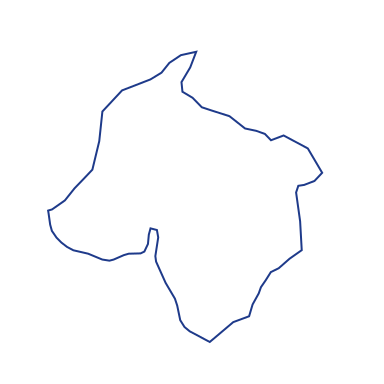 Centre, Albers equal-area conic projection, rotated 114°
{"feature_id": "HTI-1385", "entity_name": "Centre", "entity_type": "Department", "adm_level": 1, "iso_a3": "HTI", "parent_name": "Haiti", "parent_adm1": "", "projection": "albers", "projection_center": [-71.937, 19.008], "detail": "fine", "context": "isolated", "style": "outline", "palette": "blue", "viewbox_px": 384, "rotation_deg": 114, "n_neighbors": 0, "source": "natural_earth", "source_scale": "10m", "svg_char_len": 1055}
<svg xmlns="http://www.w3.org/2000/svg" viewBox="0 0 384 384"><g transform="rotate(114 192 192)"><path d="M282.3,89.3L294.1,101.4L317.3,112.6L321.8,114.8L320.2,137.4L318.4,143.9L313.9,150.6L301.8,159.3L296.4,164.2L285.7,179.2L270.2,196.5L265.5,199.4L247.2,204.4L241.0,208.6L242.1,215.1L248.5,214.1L257.4,211.1L265.8,211.3L269.0,214.0L274.1,224.7L277.4,228.6L285.6,236.1L288.3,239.5L290.2,246.5L290.6,261.8L293.5,276.7L293.0,283.8L291.3,290.8L288.8,297.2L284.5,304.2L279.5,308.3L269.9,314.3L267.5,315.9L267.3,315.7L264.9,312.8L251.4,304.7L236.4,300.8L224.3,296.4L212.1,292.1L183.3,297.4L154.9,306.6L127.6,297.2L106.1,275.8L95.4,268.4L83.2,265.2L71.5,257.8L62.2,245.2L78.9,244.3L95.9,246.3L104.3,241.5L105.7,229.8L110.6,217.5L109.6,207.5L107.5,188.6L112.4,169.4L110.0,158.2L109.3,149.0L112.6,140.9L103.1,131.3L105.1,103.9L121.5,80.9L132.1,84.6L139.9,92.4L143.1,97.4L150.1,96.7L174.8,81.3L200.5,68.1L213.2,75.7L226.4,81.8L233.1,87.4L242.8,88.8L250.9,90.3L257.5,89.8L270.1,90.9L282.2,89.3L282.3,89.3Z" fill="none" stroke="#1e3a8a" stroke-width="2"/></g></svg>